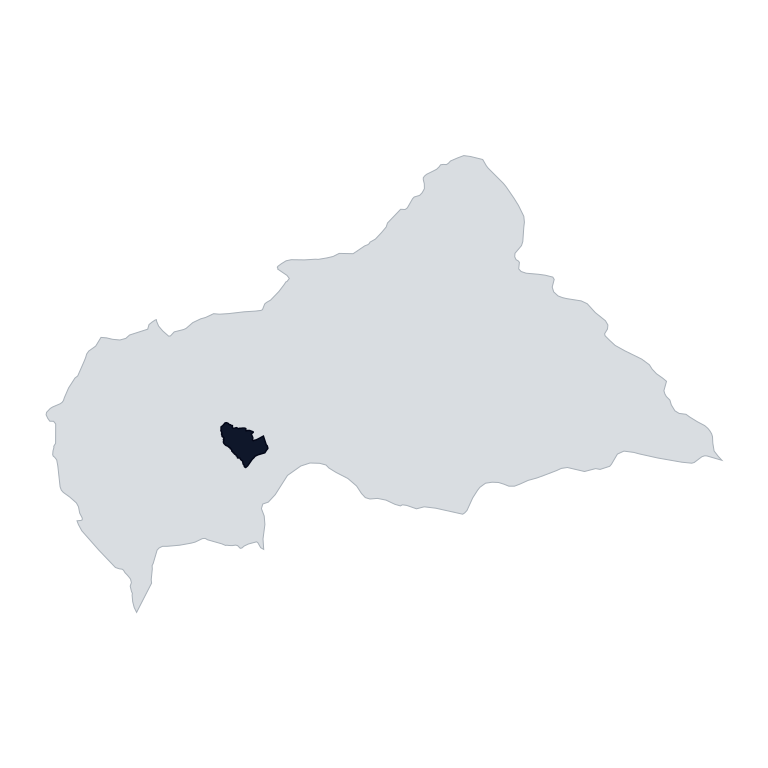 Bogangolo, Ombella-M'Poko, Central African Republic shown in context
{"feature_id": "33826404B36599130273361", "entity_name": "Bogangolo", "entity_type": "district", "adm_level": 2, "iso_a3": "CAF", "parent_name": "Central African Republic", "parent_adm1": "Ombella-M'Poko", "projection": "albers", "projection_center": [18.123, 5.472], "detail": "fine", "context": "in_parent", "style": "filled", "palette": "ink", "viewbox_px": 768, "rotation_deg": 0, "n_neighbors": 0, "source": "geoboundaries", "source_scale": "gbopen_adm2", "svg_char_len": 5707}
<svg xmlns="http://www.w3.org/2000/svg" viewBox="0 0 768 768"><path d="M545.2,275.2L552.8,277.1L554.2,279.4L552.2,287.1L553.7,291.9L558.0,295.9L562.4,297.6L566.6,298.6L581.2,300.9L587.2,303.7L595.3,312.6L605.4,320.7L607.9,325.0L607.5,329.0L604.6,333.8L605.1,335.8L609.8,340.5L615.1,345.4L624.8,350.8L641.7,359.1L649.4,364.8L652.1,369.1L656.4,373.7L662.5,378.0L666.5,381.3L663.9,390.7L664.8,393.8L666.3,396.5L669.9,400.1L671.3,404.9L674.9,410.8L679.1,413.4L686.0,414.3L689.7,417.0L697.3,421.7L704.7,425.6L707.9,428.4L709.9,430.9L711.6,433.8L712.5,436.7L712.8,443.1L714.1,451.0L718.2,456.3L721.9,460.3L706.8,455.9L704.6,455.8L701.9,456.7L694.2,462.5L691.7,463.2L681.8,462.2L657.8,458.0L639.3,453.9L633.8,452.4L623.9,451.1L617.4,454.1L611.4,464.3L609.7,466.3L600.1,469.4L595.6,468.6L584.5,471.5L567.4,467.5L561.3,468.4L556.5,470.6L544.2,475.3L536.8,478.0L528.1,480.4L519.9,484.1L514.4,486.2L508.9,486.2L504.0,484.2L498.6,482.5L492.2,482.2L485.5,483.2L479.9,487.3L477.6,490.2L472.7,497.9L467.0,510.4L464.7,512.9L462.7,514.2L435.8,508.2L424.2,506.8L416.5,508.8L406.7,505.4L402.4,504.8L400.4,505.9L394.9,504.3L386.0,500.1L377.5,498.4L369.9,499.0L365.3,497.6L361.5,493.5L356.6,486.0L347.9,478.5L336.2,472.5L328.9,468.0L326.0,465.0L319.7,463.3L310.0,463.0L300.8,466.0L287.5,475.4L275.2,494.7L268.3,502.1L262.8,504.0L261.4,508.6L264.2,516.0L264.9,524.5L263.0,538.9L263.7,549.4L260.7,547.7L257.9,542.8L256.6,541.8L248.4,544.0L244.2,546.0L241.9,548.0L240.2,548.3L237.6,545.6L235.6,545.1L232.3,545.6L229.1,545.5L226.9,545.2L225.5,545.4L221.7,543.8L207.6,539.8L205.2,538.4L202.4,538.6L195.1,542.1L191.3,543.1L179.7,545.2L167.2,546.3L162.5,546.3L159.2,547.9L157.1,550.1L153.2,563.4L152.1,565.6L152.3,569.0L151.2,579.7L151.6,583.1L136.6,612.4L134.2,607.5L132.7,601.7L132.1,595.2L132.4,593.4L131.5,591.5L130.2,586.1L131.4,582.6L130.5,579.0L127.6,575.4L125.0,572.7L123.5,570.2L122.2,569.2L119.3,568.8L115.4,567.5L98.9,550.2L81.8,530.8L78.4,524.5L77.0,520.8L81.2,520.4L82.2,519.8L82.3,518.1L79.7,513.1L78.5,506.8L76.4,502.9L69.7,497.0L63.3,492.4L61.3,490.1L60.1,486.8L57.8,465.8L56.7,459.9L54.7,457.3L53.2,456.1L52.7,454.6L53.0,450.9L53.9,447.5L53.8,446.2L55.6,443.3L55.7,424.0L53.6,421.3L49.8,421.2L47.8,418.4L46.1,414.8L46.6,412.3L50.3,408.4L52.8,406.9L60.1,403.8L62.2,402.3L63.5,400.4L64.3,397.8L68.6,387.9L75.0,378.0L77.7,376.0L84.1,361.4L85.6,357.7L86.7,354.0L88.8,351.0L95.7,346.1L101.0,337.4L106.7,337.9L112.5,339.3L119.9,340.0L125.8,338.4L129.6,335.0L147.7,329.2L149.0,324.6L151.9,322.2L155.2,320.0L156.4,319.7L156.6,321.3L158.6,326.1L162.7,330.9L168.7,336.2L170.5,335.9L174.2,331.9L183.7,329.5L186.1,328.4L192.8,322.6L200.8,318.8L205.5,317.5L213.6,313.7L219.4,314.2L228.7,313.6L244.2,311.8L255.4,311.1L261.1,310.4L262.5,309.6L264.7,304.0L266.4,302.5L270.6,300.1L278.8,291.6L284.2,284.5L285.9,281.9L287.0,281.5L289.3,278.5L287.0,275.4L277.7,269.1L277.9,268.2L277.3,267.2L277.9,266.3L281.4,263.7L286.1,260.8L291.2,259.7L304.4,259.9L315.6,259.2L318.2,259.4L327.0,257.9L333.0,256.5L339.2,253.4L353.1,253.7L364.7,245.9L368.0,244.6L369.5,243.3L369.9,242.2L375.4,239.1L381.4,232.7L386.2,227.0L387.5,223.0L400.6,209.3L405.2,209.5L407.4,207.8L412.6,198.7L414.2,197.0L419.6,195.4L422.2,192.7L424.4,188.7L424.3,183.7L423.3,179.8L423.3,177.8L424.5,176.1L426.6,174.3L436.6,169.3L439.1,166.9L440.6,164.8L443.4,164.4L446.4,164.6L448.4,163.3L450.5,161.0L457.4,158.0L463.8,155.6L470.5,156.5L482.7,159.5L486.4,165.9L488.2,168.2L503.4,183.4L506.3,187.0L513.9,198.1L518.5,205.5L523.8,216.3L524.4,222.2L523.8,227.2L522.8,241.5L521.5,245.6L515.0,253.3L514.7,256.8L516.1,259.7L518.1,260.8L519.4,262.3L518.7,268.9L521.1,271.5L526.1,273.2L538.7,274.3L545.2,275.2Z" fill="#d9dde1" stroke="#a8b0b8" stroke-width="1"/><path d="M263.4,436.1L261.5,437.1L259.9,438.0L257.0,439.5L255.4,440.1L254.2,440.3L253.4,440.7L253.0,440.6L252.7,440.3L252.5,439.9L252.5,439.4L252.7,438.8L252.8,438.3L252.8,437.8L252.7,437.2L252.3,436.6L252.1,435.9L251.8,435.3L251.7,435.0L251.4,434.4L251.4,433.9L251.6,433.7L252.2,433.2L252.3,433.1L253.2,432.4L253.1,431.8L249.7,430.5L248.9,430.5L247.6,430.5L247.3,430.5L246.6,430.8L246.0,430.8L245.8,430.4L245.8,429.9L245.8,429.2L245.8,428.6L245.0,428.2L244.3,428.1L243.3,428.1L242.4,428.1L240.9,428.3L239.4,428.3L238.3,428.7L237.9,428.5L237.5,428.2L237.0,427.9L236.7,427.7L236.2,427.7L235.5,427.9L234.9,428.1L234.1,428.3L233.6,428.3L232.7,428.0L232.3,427.7L232.4,426.9L232.4,425.6L232.0,425.6L231.5,425.6L231.2,425.5L231.0,425.2L230.7,424.9L230.1,424.7L229.2,424.6L228.4,423.5L226.6,422.7L225.1,422.9L224.0,424.2L222.5,425.9L221.2,426.7L221.0,428.0L221.0,428.3L221.2,428.6L221.3,428.9L221.2,429.3L221.1,429.5L220.9,430.0L220.9,430.4L221.0,430.9L221.3,431.4L221.6,432.1L221.8,432.6L221.8,432.9L222.0,433.6L221.6,433.8L221.6,434.1L221.6,434.4L222.0,435.0L222.3,435.5L222.3,435.8L222.0,436.0L222.2,436.5L222.5,436.8L223.0,437.0L223.4,437.2L223.9,437.7L223.9,438.0L223.7,438.9L223.4,439.3L223.5,439.7L223.9,440.0L223.5,441.1L223.4,442.1L223.9,443.4L225.5,445.1L226.1,445.5L226.7,445.7L227.9,446.2L228.4,446.7L229.1,447.3L229.7,447.5L230.2,447.8L230.2,448.6L230.7,448.9L231.3,449.2L231.6,449.7L231.7,450.2L231.8,451.0L232.0,451.3L232.4,451.5L232.8,452.0L233.0,452.3L233.4,452.8L233.8,452.8L234.2,453.6L234.6,454.1L235.4,454.4L235.9,454.7L236.1,455.1L236.2,455.7L236.7,456.0L237.3,456.5L237.4,457.0L237.5,457.8L238.0,458.0L238.5,457.9L239.2,457.9L240.0,458.1L240.2,458.7L240.7,459.5L241.2,460.0L241.6,460.3L242.0,460.7L242.4,460.8L242.7,461.2L242.9,462.9L243.3,464.3L244.2,465.3L244.3,466.4L244.6,466.9L245.7,467.5L247.6,465.9L249.9,462.6L252.2,459.3L253.8,457.8L255.1,456.2L258.0,454.8L264.8,452.8L266.6,450.0L267.8,448.6L267.7,447.4L267.1,445.6L266.3,445.0L263.4,436.1Z" fill="#0f172a" stroke="#020617" stroke-width="1.5"/></svg>